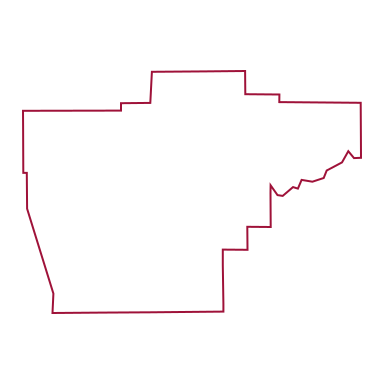 Sangamon, Illinois, United States of America
{"feature_id": "52423323B88082099567325", "entity_name": "Sangamon", "entity_type": "district", "adm_level": 2, "iso_a3": "USA", "parent_name": "United States of America", "parent_adm1": "Illinois", "projection": "robinson", "projection_center": [-89.552, 39.749], "detail": "fine", "context": "isolated", "style": "outline", "palette": "rose", "viewbox_px": 384, "rotation_deg": 0, "n_neighbors": 0, "source": "geoboundaries", "source_scale": "gbopen_adm2", "svg_char_len": 629}
<svg xmlns="http://www.w3.org/2000/svg" viewBox="0 0 384 384"><path d="M204.0,71.4L151.9,71.8L150.3,102.9L121.0,103.2L121.0,110.6L23.0,110.8L23.1,126.3L23.3,172.9L26.8,172.9L27.1,208.7L33.1,228.1L53.4,293.6L52.5,313.0L101.7,312.6L150.3,312.3L223.4,311.6L223.4,303.9L222.8,265.0L222.8,249.6L247.5,249.8L247.3,226.8L270.7,227.0L270.5,192.9L270.6,185.3L277.5,195.1L282.7,195.9L293.0,187.1L297.9,188.6L301.6,179.9L312.4,181.7L323.7,178.0L326.7,170.5L342.0,162.4L348.3,151.2L354.0,158.1L361.0,157.8L360.9,136.9L360.7,102.8L279.3,102.1L279.4,94.5L245.3,94.2L245.1,71.0L204.0,71.4Z" fill="none" stroke="#9f1239" stroke-width="2"/></svg>